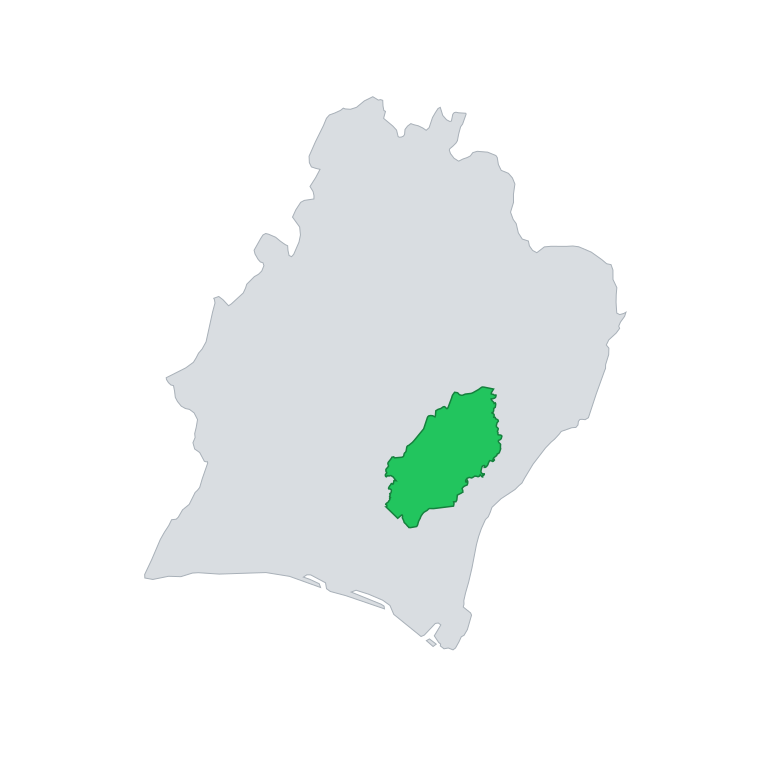 N'zi-Comoé highlighted on a map of Ivory Coast, rotated 26°
{"feature_id": "CIV-3452", "entity_name": "N'zi-Comoé", "entity_type": "Department", "adm_level": 1, "iso_a3": "CIV", "parent_name": "Ivory Coast", "parent_adm1": "", "projection": "equal_earth", "projection_center": [-4.27, 7.107], "detail": "fine", "context": "in_parent", "style": "filled", "palette": "green", "viewbox_px": 768, "rotation_deg": 26, "n_neighbors": 0, "source": "natural_earth", "source_scale": "10m", "svg_char_len": 8345}
<svg xmlns="http://www.w3.org/2000/svg" viewBox="0 0 768 768"><g transform="rotate(26 384 384)"><path d="M226.5,153.9L228.4,153.8L233.4,151.8L238.0,147.4L242.2,138.2L248.0,130.7L254.4,131.3L256.3,129.9L258.5,129.6L261.2,134.5L263.9,138.2L265.8,138.3L267.2,145.4L278.9,148.3L284.0,150.3L288.2,155.4L289.6,155.5L291.4,154.4L292.8,152.7L293.1,150.7L291.3,146.0L292.1,141.9L294.0,138.2L297.0,137.9L301.6,136.9L306.8,136.9L310.7,137.5L312.2,133.8L310.8,123.3L311.2,117.6L311.8,112.7L313.3,110.7L319.1,116.9L324.4,119.1L328.2,119.2L329.3,118.1L327.6,111.4L328.1,109.4L329.5,108.2L332.0,107.6L338.8,104.8L339.5,105.4L340.7,115.9L340.1,119.3L341.5,126.5L343.3,133.1L343.1,135.8L341.7,139.9L340.0,143.7L340.2,145.2L342.8,147.8L348.0,150.4L353.4,151.0L356.3,147.2L359.5,144.0L361.6,141.2L362.4,137.1L365.8,134.0L375.5,130.2L384.4,129.6L386.5,130.8L390.6,136.6L395.7,140.6L403.5,140.1L409.1,142.5L414.0,146.9L417.2,156.8L420.8,164.0L422.4,174.1L428.0,179.5L432.5,181.9L438.5,189.3L444.7,193.1L451.1,192.2L454.1,196.1L459.0,198.8L463.8,199.0L468.0,190.5L473.6,187.1L487.7,180.3L493.2,177.2L498.9,175.3L512.5,174.6L525.1,176.7L531.4,178.3L535.7,177.2L539.8,181.2L544.0,189.7L547.4,192.4L551.0,195.3L553.6,202.0L556.7,208.7L558.3,211.6L562.1,218.2L565.4,218.3L568.6,215.5L570.0,213.4L570.6,217.7L569.4,224.7L569.6,229.1L571.4,230.7L570.4,236.3L566.7,245.8L566.7,251.5L570.4,253.2L573.1,259.2L574.7,269.5L576.3,272.9L576.4,275.0L579.1,299.8L582.5,324.7L580.4,327.9L577.5,328.9L575.6,330.0L575.1,332.4L576.3,335.8L575.5,338.9L571.9,341.0L564.1,348.9L563.5,352.1L561.5,358.8L559.7,362.9L557.2,370.6L553.1,390.7L551.6,407.5L551.4,412.6L549.8,416.2L548.0,421.4L539.5,435.8L535.1,447.5L535.7,452.6L535.9,457.7L534.6,461.4L534.9,471.3L535.9,479.6L537.5,487.8L543.7,510.8L546.9,524.8L548.9,536.1L550.7,543.7L552.4,546.8L553.0,549.7L562.2,551.8L564.0,553.4L566.6,568.2L566.1,574.8L564.3,577.3L564.4,582.9L564.0,589.9L562.6,592.7L557.5,593.1L554.0,595.7L549.4,594.7L548.9,592.9L546.4,592.3L539.6,588.3L540.7,575.6L537.6,575.0L535.1,576.7L530.3,592.0L528.0,594.7L493.8,586.8L486.4,580.4L477.6,578.9L462.1,579.7L449.3,581.6L445.7,585.4L477.9,583.2L481.4,583.6L483.0,585.9L442.3,591.0L426.7,594.0L422.1,593.2L418.6,588.3L401.8,587.7L398.3,589.3L396.2,592.9L402.9,592.1L413.3,591.9L416.2,594.7L383.4,598.3L360.6,605.2L350.9,610.3L319.2,627.1L299.8,635.0L294.7,637.9L285.9,646.2L274.6,651.3L261.9,661.0L254.1,663.2L252.4,660.1L252.2,643.7L251.1,621.8L251.6,613.5L252.6,605.6L252.6,599.1L256.5,596.6L257.5,593.9L258.1,585.4L261.7,577.6L261.8,564.2L262.9,561.4L263.7,557.8L262.2,548.9L260.2,532.3L259.3,531.2L258.4,531.9L256.4,532.2L248.4,526.4L242.3,525.4L238.0,520.5L237.7,514.9L235.6,511.6L234.2,505.2L232.0,497.7L226.0,493.2L220.3,492.1L216.2,493.1L211.5,492.8L206.1,490.3L202.3,487.5L198.8,482.1L195.5,477.7L192.9,478.3L189.7,477.3L186.5,475.3L185.5,473.8L198.7,456.5L203.2,448.0L203.7,442.8L203.8,437.6L205.2,432.3L205.6,424.1L198.4,394.5L196.6,385.3L194.7,382.6L193.4,381.6L197.1,377.8L202.2,378.8L210.0,381.8L211.7,378.9L217.6,363.9L217.5,358.4L216.9,354.5L220.4,344.3L223.1,340.4L224.6,336.1L224.2,330.3L222.1,328.1L219.4,328.5L216.1,327.1L211.1,323.7L208.6,320.7L209.4,307.2L209.9,303.1L211.7,300.6L214.4,300.0L222.2,299.6L228.4,301.1L233.9,302.0L236.8,302.0L239.1,306.0L242.3,310.1L245.1,310.1L246.0,307.0L245.4,293.7L243.6,286.7L239.4,279.9L228.6,274.1L228.4,266.0L229.5,257.2L231.9,253.9L239.9,248.4L238.5,245.4L236.0,242.2L230.9,238.9L232.1,228.4L232.4,219.1L228.1,220.1L223.6,220.7L219.9,217.8L216.8,212.1L216.2,196.4L216.3,178.4L215.8,170.4L217.0,166.1L220.8,162.2L225.0,157.1L226.5,153.9ZM545.0,594.9L543.2,598.4L534.6,596.1L536.6,593.2L545.0,594.9Z" fill="#d9dde1" stroke="#a8b0b8" stroke-width="1"/><path d="M500.0,463.3L483.1,474.3L479.6,475.9L479.0,476.5L478.7,477.0L478.6,477.5L478.4,478.1L478.1,478.8L476.5,481.2L476.1,481.9L475.6,483.6L475.3,485.6L475.2,486.7L475.2,487.3L475.4,488.8L475.4,489.3L475.3,490.3L475.3,491.3L475.3,492.2L475.6,494.1L475.8,494.9L475.9,495.4L476.0,496.5L475.8,497.8L470.6,501.6L469.2,502.1L468.9,501.8L467.5,501.4L465.3,500.4L463.1,499.7L462.7,499.5L462.5,499.2L462.0,498.6L460.4,497.2L459.5,496.6L459.3,496.3L459.0,496.0L458.8,495.1L458.6,494.7L458.3,494.2L457.9,493.8L457.5,493.9L457.2,494.1L455.2,498.7L439.7,493.6L440.1,493.4L440.2,493.0L440.0,492.3L439.8,491.8L439.5,491.5L439.2,491.5L438.5,491.6L438.3,491.5L438.2,491.2L438.8,489.5L439.0,489.3L439.3,488.8L439.5,488.1L439.6,486.8L439.8,486.1L439.9,485.6L439.8,485.1L439.1,484.2L439.4,483.7L439.7,483.5L439.7,483.2L439.4,483.0L438.7,483.0L438.4,482.8L438.3,482.4L438.3,481.5L438.3,481.0L438.0,480.6L437.6,480.5L437.3,480.3L437.3,479.9L437.5,479.5L437.7,479.4L437.9,479.0L437.9,478.3L437.5,476.9L437.2,476.3L436.8,475.9L435.8,475.6L435.5,475.7L434.8,476.0L434.5,476.1L434.2,476.2L433.9,475.9L433.7,475.4L433.7,474.2L433.8,473.2L434.1,471.9L434.2,470.6L434.3,470.2L434.7,470.0L435.7,470.2L436.0,470.0L436.1,469.7L436.0,469.0L435.8,468.6L435.7,468.2L435.6,467.3L435.5,467.0L435.3,466.8L435.3,466.4L435.5,466.1L437.2,465.6L432.7,463.4L432.4,463.4L432.1,463.5L431.8,463.5L430.9,463.2L430.5,463.3L430.2,463.4L429.9,463.5L429.6,463.8L429.1,464.3L428.8,464.5L428.5,464.6L427.7,464.7L427.4,464.8L427.1,465.0L427.1,465.3L427.1,465.8L427.0,466.1L426.8,466.4L426.4,466.4L426.1,466.3L425.7,466.1L425.4,465.7L425.0,465.0L425.0,464.1L425.1,463.9L425.3,463.7L425.4,463.4L425.4,462.9L425.3,462.5L425.1,462.2L424.7,462.1L424.2,461.8L423.4,460.5L423.2,459.9L423.3,458.9L423.7,457.8L423.9,456.8L424.0,456.4L424.1,456.0L423.9,455.5L423.3,454.9L422.7,454.3L422.4,453.9L422.1,452.7L422.9,449.1L423.2,447.1L423.2,446.7L423.2,446.3L424.7,445.2L425.2,445.6L425.5,445.7L426.0,445.7L432.0,442.1L432.6,441.6L432.8,441.3L433.0,440.9L433.2,440.3L433.2,439.6L432.8,438.4L432.7,437.8L432.7,437.2L433.2,435.8L433.3,435.2L433.3,434.7L432.7,432.6L432.1,430.7L432.1,430.1L432.2,429.7L432.3,429.3L433.2,428.2L435.2,423.9L435.4,423.1L435.9,421.4L439.3,407.0L439.2,406.0L437.7,395.0L437.8,394.1L438.1,393.2L439.2,392.3L440.0,391.8L441.7,391.2L444.2,391.2L444.1,389.9L443.9,389.4L442.3,385.3L443.7,383.1L445.4,381.5L445.8,381.1L446.4,380.1L447.0,378.9L447.4,378.4L447.8,378.1L448.1,377.9L448.5,377.8L448.9,377.9L451.0,378.6L451.4,378.6L451.7,378.1L451.9,377.1L450.9,366.8L450.7,365.8L450.6,365.3L450.5,363.9L451.1,360.5L453.6,359.7L454.1,359.7L454.7,359.8L456.1,360.5L456.9,360.5L457.7,360.4L458.8,360.1L459.7,359.5L461.4,357.5L466.5,354.2L467.7,352.9L471.4,347.5L472.9,344.6L473.2,344.1L473.7,343.6L475.1,343.0L484.7,340.5L484.3,344.4L484.7,345.9L485.7,345.8L486.8,345.4L487.7,345.6L488.3,345.7L489.0,345.0L489.6,344.9L490.1,346.6L490.0,347.4L489.5,348.3L488.3,349.5L487.4,350.1L486.8,350.3L486.9,350.6L487.9,351.4L488.9,351.8L490.8,352.4L491.5,353.2L492.3,352.2L493.2,353.0L493.4,353.7L493.8,354.7L494.2,356.2L494.0,356.6L493.7,357.2L493.4,357.7L493.5,358.3L493.9,359.0L494.1,359.4L494.5,361.1L494.4,361.7L493.7,362.2L493.7,362.7L495.1,362.8L496.2,363.1L496.8,364.0L497.3,365.7L498.0,365.3L498.6,365.3L499.1,365.7L499.5,366.3L500.8,366.2L502.3,366.4L503.1,367.3L502.6,369.3L503.2,372.2L503.9,373.2L505.5,373.6L506.3,374.1L506.6,375.4L506.6,376.6L506.9,377.2L507.6,377.5L508.0,378.3L508.3,379.1L508.9,379.6L511.5,378.7L512.8,379.1L513.3,381.7L513.0,382.8L511.7,384.5L511.8,385.3L512.3,385.8L513.1,386.3L513.9,386.6L514.7,386.8L515.2,387.1L515.5,387.7L515.7,388.4L517.1,391.2L517.3,391.2L517.7,394.8L517.5,396.2L516.5,397.0L516.6,399.0L515.6,401.0L515.0,402.3L515.1,404.2L515.6,403.9L516.1,403.6L516.1,403.9L516.1,404.1L516.5,404.2L516.1,405.5L515.6,406.0L514.3,406.0L512.6,406.5L512.5,407.0L512.5,409.6L512.7,410.6L512.7,411.5L512.5,412.6L512.1,413.7L511.9,414.2L511.5,414.6L510.7,415.0L510.5,413.5L509.8,413.3L509.0,413.9L508.4,415.0L508.5,416.1L509.1,418.9L509.3,419.8L509.9,420.7L510.6,421.2L512.5,421.6L512.5,421.3L513.0,421.0L513.5,420.8L513.8,421.3L513.7,421.9L513.6,422.3L513.3,422.7L512.9,422.9L513.4,424.3L512.5,424.4L510.2,423.4L510.0,425.3L509.2,426.1L507.1,426.5L505.9,427.1L505.3,428.1L504.7,429.1L504.0,430.0L501.5,430.6L500.0,432.4L499.6,434.7L500.3,436.1L500.9,436.2L501.3,434.2L502.2,435.1L502.8,436.7L503.0,438.3L502.4,439.0L501.8,439.6L500.9,440.8L500.2,442.4L500.0,443.8L500.6,444.3L501.7,445.5L502.3,446.8L501.6,447.4L501.4,448.0L498.6,451.7L500.3,456.4L500.2,458.3L498.2,459.4L499.1,460.4L499.6,461.6L499.9,462.8L500.0,463.3Z" fill="#22c55e" stroke="#15803d" stroke-width="1.5"/></g></svg>